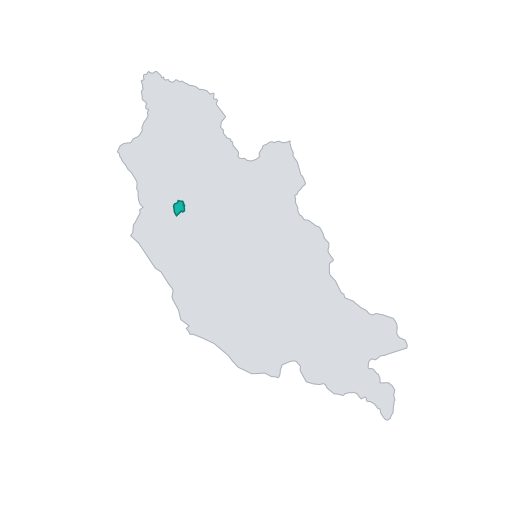 Biger, Govi-Altay, Mongolia shown in context, rotated 49°
{"feature_id": "93677404B62512479236782", "entity_name": "Biger", "entity_type": "district", "adm_level": 2, "iso_a3": "MNG", "parent_name": "Mongolia", "parent_adm1": "Govi-Altay", "projection": "mercator", "projection_center": [97.259, 45.717], "detail": "fine", "context": "in_parent", "style": "filled", "palette": "teal", "viewbox_px": 512, "rotation_deg": 49, "n_neighbors": 0, "source": "geoboundaries", "source_scale": "gbopen_adm2", "svg_char_len": 4481}
<svg xmlns="http://www.w3.org/2000/svg" viewBox="0 0 512 512"><g transform="rotate(49 256 256)"><path d="M46.4,215.8L48.0,215.8L50.4,213.9L50.6,211.4L51.4,210.0L57.1,209.3L59.7,210.1L60.2,208.5L60.6,208.2L62.0,209.6L63.4,209.0L64.3,208.4L65.1,206.5L67.1,206.8L70.5,204.7L70.4,200.9L71.7,200.0L74.7,199.2L75.1,197.5L75.7,197.0L78.0,196.5L81.8,194.6L83.6,194.4L85.0,192.7L88.4,190.4L93.6,189.3L94.0,188.2L98.7,184.7L103.7,184.5L105.1,181.4L105.9,181.1L109.4,184.8L110.9,184.3L111.4,182.9L113.5,182.9L114.4,185.5L115.7,186.5L130.7,187.5L131.2,188.4L132.1,194.4L134.8,197.1L135.5,198.4L139.6,198.0L142.0,200.2L145.6,200.1L147.3,200.7L150.8,198.7L151.7,198.7L152.8,199.7L154.5,198.9L157.7,200.9L160.2,200.6L161.4,201.4L162.9,200.7L166.5,201.3L169.4,204.4L171.4,204.2L173.8,202.1L174.4,200.7L177.9,200.0L179.8,198.6L181.1,197.3L183.1,192.7L183.4,188.0L181.7,187.3L180.2,185.7L179.3,183.1L179.2,181.3L177.5,178.6L177.6,177.3L178.6,174.9L179.1,171.0L180.3,168.9L182.7,167.7L182.9,166.2L184.4,163.3L188.2,161.5L190.3,158.2L191.5,154.8L193.3,156.5L198.2,158.9L202.3,160.0L204.9,162.5L212.1,163.1L224.1,168.9L226.5,168.6L233.6,170.9L234.2,171.8L234.2,176.1L234.7,177.3L235.0,181.9L236.3,184.2L235.9,186.9L236.6,187.8L238.3,188.1L241.1,191.0L247.4,193.0L249.2,194.8L253.5,196.1L255.8,195.3L259.4,195.8L260.7,195.5L263.0,193.3L264.5,192.7L272.7,190.9L274.9,189.5L276.5,189.2L282.9,190.6L287.4,192.7L293.9,192.5L296.9,194.9L298.2,197.2L300.7,199.1L309.6,200.0L310.0,200.4L309.9,205.2L310.3,205.9L316.1,211.1L318.8,212.6L326.9,212.4L339.5,215.7L342.5,214.7L345.2,216.3L346.2,216.2L354.4,211.9L355.6,212.2L364.1,210.6L369.6,208.4L373.7,208.6L376.9,206.7L378.3,203.0L383.7,198.8L393.2,193.3L399.0,194.1L402.4,196.1L406.0,200.0L408.0,201.0L411.8,201.3L417.2,198.7L420.1,199.4L422.7,200.5L424.4,202.5L415.9,222.3L415.8,223.4L413.1,227.5L412.7,234.0L409.3,236.3L409.7,239.9L410.5,241.3L414.1,244.9L415.4,244.5L416.5,242.9L418.5,241.6L422.2,242.0L425.4,241.4L429.5,242.6L433.2,245.6L438.6,239.1L443.6,238.3L448.2,239.2L451.6,243.6L455.8,245.6L456.9,248.1L458.6,249.1L459.0,250.3L464.1,255.3L465.1,258.6L466.5,260.9L466.5,263.3L466.1,264.5L464.0,265.8L456.9,265.1L452.7,262.8L451.1,264.1L445.7,263.6L442.6,264.6L440.5,265.5L439.2,267.1L438.3,267.4L437.4,267.4L435.7,266.1L434.3,266.1L433.9,266.4L432.9,270.4L428.3,270.4L426.7,269.9L422.8,271.8L422.2,273.3L420.2,275.4L418.3,279.4L418.6,281.1L418.1,282.1L414.6,284.3L411.3,287.4L404.5,288.7L401.3,288.9L399.0,288.1L396.6,288.7L394.8,292.2L390.3,296.5L383.9,300.6L372.4,298.1L370.9,297.5L368.5,294.9L361.8,294.7L359.8,296.5L358.1,299.1L355.3,307.6L357.9,312.3L361.0,315.5L362.2,317.7L362.2,319.5L360.1,320.4L357.2,323.4L350.1,326.2L342.2,336.4L328.3,342.4L319.7,342.7L313.0,342.2L294.6,345.0L282.8,350.2L274.0,354.7L272.1,356.8L271.2,357.2L269.6,356.4L264.9,356.1L264.9,352.3L254.6,354.5L246.2,350.0L234.2,347.3L231.8,346.3L227.7,341.3L225.6,340.6L220.3,340.3L205.8,338.1L199.0,340.0L169.4,336.1L158.6,337.3L158.2,336.9L157.5,333.6L152.5,328.6L151.8,327.4L151.5,325.4L147.4,315.1L144.8,313.6L145.1,309.2L141.2,309.6L136.7,307.9L132.2,304.8L130.0,302.5L126.9,301.9L122.9,297.8L121.1,297.0L111.5,295.3L106.8,295.8L101.6,294.7L95.8,294.5L93.9,293.6L92.2,293.7L88.8,291.9L86.5,292.3L83.7,286.2L84.3,282.3L85.5,280.0L88.1,276.6L88.1,275.3L87.0,272.1L88.5,266.5L87.9,263.0L86.4,259.1L84.4,258.1L81.5,252.7L80.6,248.5L79.4,245.6L76.4,243.8L75.4,241.2L74.5,241.1L73.9,241.9L72.1,242.2L70.3,240.6L69.3,238.8L68.2,238.3L66.3,238.4L64.5,239.2L62.6,238.8L60.9,237.1L56.4,234.5L56.3,232.6L55.6,231.3L54.3,230.9L52.9,229.6L48.6,227.9L48.5,227.0L49.6,224.9L46.6,223.2L45.5,221.4L47.2,219.1L46.4,217.5L46.4,215.8Z" fill="#d9dde1" stroke="#a8b0b8" stroke-width="1"/><path d="M168.0,275.8L167.9,275.8L167.2,275.5L166.8,275.5L166.7,275.6L166.4,275.6L166.3,275.8L166.2,275.9L166.2,276.1L165.9,276.4L163.1,278.4L164.0,279.6L164.2,281.1L163.5,282.7L163.3,283.2L163.6,283.9L163.5,284.2L163.7,284.6L164.1,285.2L164.3,285.5L164.5,285.7L165.0,286.0L165.4,286.1L165.8,286.1L166.6,287.0L167.3,287.4L169.7,288.9L171.0,289.0L172.1,289.4L172.9,289.5L173.5,289.6L173.3,286.7L173.3,284.6L173.0,282.9L174.7,282.4L174.7,282.0L174.7,281.9L174.7,281.7L174.8,281.7L174.8,281.4L174.7,281.3L174.7,281.2L174.8,281.1L174.8,280.9L174.9,280.7L175.0,280.4L173.7,279.3L173.3,279.0L172.4,278.5L171.9,278.0L170.7,277.3L171.0,276.9L169.9,276.7L169.7,276.6L169.6,276.4L169.4,276.3L169.3,276.5L169.2,276.7L169.2,276.8L168.0,275.8L168.0,275.8Z" fill="#14b8a6" stroke="#0f766e" stroke-width="1.5"/></g></svg>